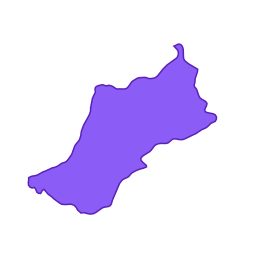 the Department of Rivera, rotated 105°
{"feature_id": "URY-14", "entity_name": "Rivera", "entity_type": "Department", "adm_level": 1, "iso_a3": "URY", "parent_name": "Uruguay", "parent_adm1": "", "projection": "robinson", "projection_center": [-55.345, -31.483], "detail": "fine", "context": "isolated", "style": "filled", "palette": "violet", "viewbox_px": 256, "rotation_deg": 105, "n_neighbors": 0, "source": "natural_earth", "source_scale": "10m", "svg_char_len": 2517}
<svg xmlns="http://www.w3.org/2000/svg" viewBox="0 0 256 256"><g transform="rotate(105 128 128)"><path d="M74.4,70.7L78.6,67.9L80.2,66.3L81.1,64.3L82.3,59.8L83.7,58.1L85.8,57.9L88.5,58.4L90.9,58.6L92.4,57.3L92.6,54.8L92.2,49.5L92.7,47.1L94.4,45.4L96.7,44.9L99.0,45.5L102.1,49.2L106.1,51.5L107.9,53.0L110.3,56.1L115.5,60.7L123.6,70.1L125.2,72.5L125.8,74.7L126.2,79.3L126.9,81.5L128.2,82.8L131.8,85.2L133.1,87.2L134.5,92.6L135.5,94.9L137.2,97.0L139.1,98.2L143.4,99.8L145.4,101.1L150.6,106.0L152.8,107.4L154.4,107.7L155.9,106.9L157.3,104.8L159.4,100.6L160.8,100.1L162.8,102.6L164.5,105.7L167.3,109.5L170.5,112.7L174.9,114.9L176.3,116.3L177.6,118.0L179.0,119.5L180.5,120.5L183.8,121.8L201.9,124.4L205.7,124.4L207.4,125.0L208.8,126.4L210.7,130.5L212.0,132.3L217.7,137.0L219.3,138.7L220.6,141.1L221.1,143.4L221.2,148.7L222.3,151.5L221.8,152.3L220.3,155.4L219.9,155.9L219.1,156.4L218.1,157.6L217.1,159.1L216.5,160.4L216.4,163.5L218.3,169.2L218.8,172.4L218.2,174.7L215.6,181.3L214.1,184.1L212.7,187.9L209.0,193.3L210.7,194.7L212.5,195.0L213.9,195.5L214.2,197.7L213.6,199.4L210.8,201.5L209.7,203.1L210.8,205.2L210.4,207.5L208.8,209.4L206.3,210.2L204.0,210.5L201.7,211.1L200.1,209.3L199.3,208.1L198.0,205.1L196.6,203.0L192.6,199.0L190.8,196.4L186.3,191.1L184.4,187.7L182.7,185.8L179.8,183.4L179.3,182.9L177.2,179.8L176.8,179.3L176.3,178.9L173.8,177.6L169.1,175.9L167.7,175.5L159.3,174.8L157.1,174.1L153.0,172.2L151.3,171.8L147.9,171.6L143.3,172.2L136.6,171.6L125.9,168.9L122.7,168.6L121.1,168.6L118.4,169.3L108.8,170.0L105.8,169.6L102.7,168.9L101.9,168.9L101.2,169.0L99.4,169.8L98.7,169.9L98.0,170.0L97.2,169.9L96.3,169.4L95.5,168.6L94.3,166.9L93.3,164.9L92.8,163.7L92.8,162.9L93.0,160.6L92.9,159.9L92.7,159.3L92.0,158.2L91.8,157.6L91.6,156.9L91.6,156.1L91.7,154.4L92.0,152.9L93.0,150.1L93.1,149.3L93.1,148.6L93.0,147.9L92.5,146.6L91.5,142.4L91.0,141.1L90.4,140.0L89.7,139.4L88.7,138.7L86.6,137.8L83.0,136.6L82.2,136.2L81.4,135.6L77.8,132.2L77.3,131.6L77.0,131.1L76.6,130.2L76.3,129.7L74.7,124.7L74.6,123.9L74.8,121.4L74.7,119.8L74.5,119.2L74.0,117.9L72.9,115.5L72.5,114.9L71.9,114.3L70.0,112.9L62.1,109.5L56.9,106.5L47.9,99.2L47.3,98.9L45.7,98.5L43.6,98.5L42.8,98.7L41.0,99.4L39.6,100.7L37.0,104.8L36.0,103.5L34.3,101.6L33.9,100.9L33.7,100.1L33.7,99.4L33.8,98.6L34.3,97.7L35.1,96.7L36.6,95.6L38.1,94.9L45.7,92.6L47.1,91.8L48.2,90.7L49.5,88.0L50.3,86.1L53.2,75.9L55.9,75.5L63.1,75.9L66.5,75.2L69.2,75.2L70.2,74.9L71.1,74.2L71.6,73.5L72.0,72.8L72.7,71.9L74.4,70.7Z" fill="#8b5cf6" stroke="#5b21b6" stroke-width="1.5"/></g></svg>